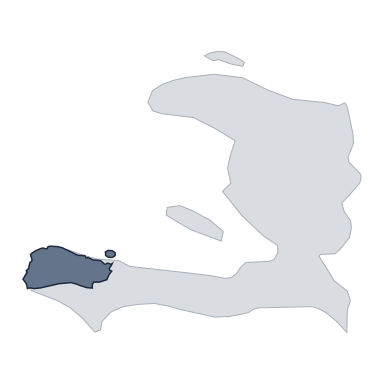 Grand'Anse highlighted on a map of Haiti
{"feature_id": "HTI-1359", "entity_name": "Grand'Anse", "entity_type": "Department", "adm_level": 1, "iso_a3": "HTI", "parent_name": "Haiti", "parent_adm1": "", "projection": "robinson", "projection_center": [-74.06, 18.515], "detail": "fine", "context": "in_parent", "style": "filled", "palette": "slate", "viewbox_px": 384, "rotation_deg": 0, "n_neighbors": 0, "source": "natural_earth", "source_scale": "10m", "svg_char_len": 2471}
<svg xmlns="http://www.w3.org/2000/svg" viewBox="0 0 384 384"><path d="M344.8,102.9L347.4,107.0L353.0,134.5L353.5,143.4L348.1,156.7L348.9,162.0L360.7,174.3L361.0,178.7L359.6,183.2L349.5,194.9L341.8,202.9L344.3,212.0L350.6,220.7L351.4,228.0L349.5,237.6L339.9,249.6L334.9,253.8L320.6,254.4L319.0,256.1L326.2,267.7L334.3,280.9L347.5,291.2L350.4,300.8L347.3,309.9L346.8,332.5L336.7,321.5L325.6,312.4L318.9,308.8L312.1,306.6L259.3,307.8L253.4,309.3L248.8,312.3L243.8,313.7L229.3,316.5L214.9,317.1L181.2,309.7L167.8,305.9L154.4,303.5L138.9,304.3L123.6,306.5L111.3,311.8L102.1,321.2L100.4,329.9L94.9,332.1L82.5,318.3L71.1,308.4L58.1,301.0L31.4,290.5L26.5,284.1L24.4,276.3L35.1,252.4L47.4,248.0L54.1,247.2L69.3,250.2L84.1,255.6L97.6,259.1L118.4,260.5L129.8,266.4L210.0,275.5L225.2,278.4L231.2,277.4L236.3,273.8L240.6,267.4L245.6,262.5L269.3,261.4L274.3,259.3L277.8,252.5L277.7,245.5L263.7,236.1L241.8,215.6L222.5,191.3L230.8,183.1L227.6,168.2L230.6,154.3L235.2,140.8L216.2,129.1L193.7,117.6L162.5,113.9L152.9,111.0L147.9,102.3L152.4,90.7L162.5,84.2L174.0,80.2L185.9,77.5L214.5,74.2L242.9,77.9L267.5,89.9L292.5,99.3L324.0,102.4L338.2,105.8L344.8,102.9ZM223.3,231.5L221.2,241.1L190.8,229.7L166.2,215.2L167.2,207.4L179.8,205.6L191.8,210.4L209.7,220.0L223.3,231.5ZM239.7,59.2L244.5,62.4L242.7,66.3L230.7,63.9L218.3,59.5L214.3,60.6L211.8,60.0L204.5,55.8L210.9,52.6L217.4,51.5L224.6,51.8L239.7,59.2Z" fill="#d9dde1" stroke="#a8b0b8" stroke-width="1"/><path d="M27.4,288.5L27.2,287.9L26.9,285.3L26.1,283.4L23.0,279.1L27.2,272.5L26.8,271.9L26.3,270.6L28.5,268.9L29.9,262.6L31.6,261.2L32.0,260.5L31.8,258.9L31.3,257.2L30.8,256.1L30.5,254.7L31.5,253.4L35.5,250.8L40.8,248.5L43.0,248.0L45.8,248.8L47.0,248.7L47.5,247.6L48.1,246.7L49.4,246.3L50.8,246.2L57.5,246.6L62.2,247.7L77.8,255.3L84.6,255.6L84.9,255.8L85.6,256.8L85.8,257.0L86.1,258.1L86.7,258.0L87.6,257.6L88.3,257.5L91.8,259.4L93.3,260.0L98.6,260.3L99.9,260.5L101.3,261.2L103.9,263.6L104.6,264.1L105.8,264.2L106.4,263.8L106.8,263.3L107.5,263.1L108.6,263.3L110.1,264.1L111.2,264.1L111.9,263.7L112.2,263.5L111.2,265.7L109.2,268.3L109.7,270.2L111.7,271.2L109.1,274.5L106.9,279.7L103.1,280.9L99.3,282.1L96.6,282.1L93.8,282.1L92.2,284.8L92.4,288.1L86.7,287.6L81.0,285.8L76.1,284.0L71.1,282.6L59.0,283.7L47.1,286.4L40.6,287.9L34.0,288.6L30.7,287.9L27.8,288.2L27.4,288.5ZM105.4,251.9L108.2,250.4L112.1,250.7L115.1,252.6L115.2,255.6L112.4,257.4L108.6,257.4L105.7,255.5L105.4,251.9Z" fill="#64748b" stroke="#1e293b" stroke-width="1.5"/></svg>